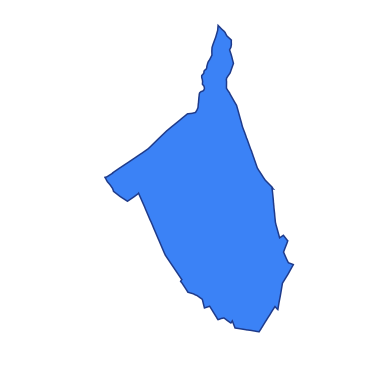 the district of Stružānu pag., Rezeknes, Latvia, rotated 254°
{"feature_id": "27541924B41933638404830", "entity_name": "Stružānu pag.", "entity_type": "district", "adm_level": 2, "iso_a3": "LVA", "parent_name": "Latvia", "parent_adm1": "Rezeknes", "projection": "equal_earth", "projection_center": [27.216, 56.721], "detail": "fine", "context": "isolated", "style": "filled", "palette": "blue", "viewbox_px": 384, "rotation_deg": 254, "n_neighbors": 0, "source": "geoboundaries", "source_scale": "gbopen_adm2", "svg_char_len": 4399}
<svg xmlns="http://www.w3.org/2000/svg" viewBox="0 0 384 384"><g transform="rotate(254 192 192)"><path d="M230.0,112.3L228.7,112.8L227.3,113.0L225.2,113.5L223.7,114.2L223.1,114.5L222.4,114.8L222.0,115.0L221.5,115.2L221.0,115.4L220.1,115.7L219.1,116.0L218.5,116.2L218.1,116.4L217.7,116.5L217.3,116.6L214.8,116.8L214.3,116.7L207.3,121.8L207.2,121.9L200.9,127.4L202.2,131.4L203.5,135.3L204.5,137.9L205.4,140.2L205.5,140.3L195.3,141.7L190.3,142.4L188.0,142.6L185.9,142.9L177.0,144.0L174.7,144.4L170.8,144.9L167.0,145.3L165.6,145.5L155.9,146.7L155.4,146.8L143.3,148.3L140.2,148.7L139.2,148.9L138.8,148.9L138.4,149.0L130.1,151.7L126.4,152.9L124.6,153.5L122.4,154.2L114.7,156.7L114.5,156.8L114.4,156.8L112.2,157.5L110.7,158.1L110.6,157.9L109.2,156.4L107.0,157.4L104.9,158.0L102.7,158.7L98.4,160.0L96.8,160.4L93.7,165.3L92.2,166.8L91.1,168.3L86.0,172.3L85.0,172.3L80.4,172.1L77.3,172.0L77.1,172.0L77.3,177.5L72.4,178.9L70.9,179.3L67.7,180.2L65.6,180.8L65.0,181.0L63.6,181.3L62.7,181.6L62.3,181.7L62.1,181.8L62.2,183.6L62.3,184.6L62.4,185.4L62.3,185.7L62.1,188.0L60.0,189.6L59.1,190.2L55.6,193.0L55.4,193.2L55.4,193.3L55.4,193.5L57.0,195.2L49.4,195.9L47.5,200.1L46.5,202.2L44.7,206.0L44.5,206.3L43.7,208.3L43.0,209.9L42.4,211.2L41.6,212.8L40.9,214.3L40.2,215.6L39.7,216.7L39.4,217.5L39.1,217.9L39.1,218.0L39.9,218.8L41.2,220.4L41.9,221.0L42.7,222.0L43.8,223.2L44.2,223.6L45.1,224.6L45.9,225.5L47.3,227.0L48.2,228.1L48.9,228.8L49.5,229.5L50.7,230.8L52.2,232.6L55.1,235.7L56.1,236.8L59.0,240.2L57.7,240.8L56.9,241.3L55.7,241.8L55.3,242.1L62.0,245.3L67.7,248.2L73.3,250.9L79.4,253.8L85.5,260.5L86.5,261.6L93.5,268.6L93.7,268.9L94.3,269.4L96.6,266.3L97.4,265.2L98.2,265.0L101.5,264.4L108.4,263.5L108.7,263.5L109.0,263.4L112.5,266.0L116.7,269.2L118.7,270.6L118.8,270.5L119.8,270.1L125.2,267.9L123.8,263.6L133.8,263.7L137.6,263.7L139.1,263.8L139.7,263.8L139.8,263.8L140.3,263.9L140.5,263.9L140.8,264.0L144.8,264.7L146.4,265.0L147.4,265.2L148.2,265.4L154.2,266.4L156.0,266.8L156.5,266.9L156.8,266.9L157.7,267.1L157.9,267.1L158.0,267.2L160.0,267.5L160.7,267.7L161.1,267.8L169.4,269.3L173.2,269.9L172.7,270.8L172.9,270.7L173.4,270.6L174.4,270.4L175.4,269.9L177.2,268.9L183.1,265.7L183.3,265.6L183.6,265.5L184.9,265.1L186.0,264.7L188.8,263.9L190.8,263.3L191.3,263.1L192.1,262.9L192.8,262.7L193.6,262.4L195.0,262.0L197.2,261.4L197.5,261.4L204.8,261.0L206.2,260.9L206.7,260.9L206.9,260.9L209.6,260.7L212.3,260.6L212.9,260.5L213.3,260.5L214.3,260.5L214.8,260.5L215.6,260.4L216.7,260.2L218.0,260.1L226.3,259.6L227.9,259.5L228.5,259.3L232.2,259.2L232.7,259.1L234.9,259.0L235.4,258.9L235.7,258.9L239.0,258.6L240.6,258.5L242.1,258.5L244.8,258.6L245.8,258.6L249.7,258.6L257.5,258.7L259.5,258.7L261.4,258.7L261.6,258.7L263.0,258.7L267.3,257.6L275.9,255.5L276.9,255.4L280.0,254.3L280.5,254.2L282.2,253.7L282.4,253.8L283.2,254.0L288.5,255.6L290.7,256.0L291.0,256.3L291.9,256.6L292.3,257.1L293.7,258.7L295.9,261.4L304.2,267.3L308.6,267.4L310.6,267.5L313.6,267.5L318.3,267.3L320.4,269.3L322.9,270.5L325.7,271.2L327.2,271.7L332.5,268.5L335.4,267.9L336.3,267.8L337.2,267.3L337.8,267.1L338.8,266.4L339.8,265.8L340.4,265.4L344.9,263.0L340.5,261.3L340.1,261.1L335.3,258.1L334.2,257.4L329.9,254.2L327.7,252.6L325.4,251.1L322.0,249.9L318.1,248.9L314.2,245.3L313.6,244.5L312.6,243.4L311.2,242.4L310.5,242.0L308.7,240.9L307.6,240.5L307.3,240.4L306.2,239.4L305.6,237.9L305.2,237.2L304.5,236.7L303.7,236.4L303.1,236.2L302.5,235.5L302.2,235.0L301.3,233.5L299.9,233.0L299.0,232.9L297.0,232.9L295.9,232.7L295.0,232.6L294.6,232.4L294.1,232.2L292.8,231.7L290.4,232.7L288.7,232.6L288.2,232.5L287.6,232.2L287.0,231.7L286.5,231.2L286.1,230.2L286.0,229.7L286.0,229.2L286.1,228.6L285.9,228.1L285.6,227.4L285.2,226.7L284.9,226.4L284.2,226.1L283.7,225.8L282.3,225.3L281.7,225.0L281.0,224.7L280.6,224.6L280.3,224.4L279.9,224.3L279.5,224.2L279.2,224.0L278.9,223.9L278.6,223.8L278.2,223.7L277.9,223.5L277.6,223.4L277.3,223.3L277.0,223.2L276.7,223.1L276.1,222.9L275.6,222.6L273.0,221.6L271.6,221.1L269.8,219.7L268.8,218.7L268.3,218.1L267.5,217.3L267.6,213.7L268.4,209.2L265.8,203.1L265.7,202.9L263.1,197.0L260.5,190.8L257.8,184.6L252.4,174.4L249.2,168.5L246.0,162.5L245.6,161.7L242.9,153.9L242.9,153.7L237.4,136.8L237.4,136.7L235.0,129.1L232.3,121.0L232.0,121.0L231.8,120.4L231.3,118.6L231.2,118.3L230.9,117.2L230.6,116.3L230.5,115.9L230.4,115.6L230.3,115.3L230.0,114.0L230.1,112.3L230.0,112.3Z" fill="#3b82f6" stroke="#1e3a8a" stroke-width="1.5"/></g></svg>